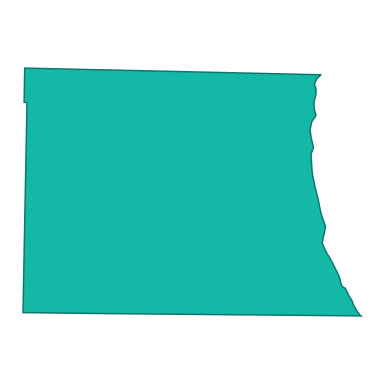 Lewis, Missouri, United States of America
{"feature_id": "52423323B3556766524174", "entity_name": "Lewis", "entity_type": "district", "adm_level": 2, "iso_a3": "USA", "parent_name": "United States of America", "parent_adm1": "Missouri", "projection": "robinson", "projection_center": [-91.537, 40.101], "detail": "fine", "context": "isolated", "style": "filled", "palette": "teal", "viewbox_px": 384, "rotation_deg": 0, "n_neighbors": 0, "source": "geoboundaries", "source_scale": "gbopen_adm2", "svg_char_len": 764}
<svg xmlns="http://www.w3.org/2000/svg" viewBox="0 0 384 384"><path d="M96.5,313.5L361.0,315.9L359.9,315.0L357.0,311.1L353.3,304.5L351.6,299.9L348.4,295.1L345.7,288.9L345.2,288.2L342.5,286.7L341.5,284.9L340.6,282.3L340.2,279.6L338.9,275.9L333.6,265.0L329.2,256.8L327.1,253.7L322.1,243.2L325.6,226.6L321.8,215.9L320.3,210.1L318.3,200.0L314.9,186.4L312.7,175.5L312.0,170.6L311.1,155.5L311.2,153.7L313.3,148.1L313.4,147.1L311.0,136.9L310.2,130.5L310.3,128.5L311.6,122.4L312.5,120.4L315.2,117.0L315.9,114.9L315.5,113.5L314.4,109.7L314.0,106.1L314.2,101.2L316.0,94.2L316.0,88.3L314.9,86.3L314.5,84.7L315.0,82.7L316.7,79.0L318.2,77.2L320.0,75.9L320.6,74.8L24.7,68.1L24.1,102.4L27.0,102.5L23.0,312.6L96.5,313.5Z" fill="#14b8a6" stroke="#0f766e" stroke-width="1.5"/></svg>